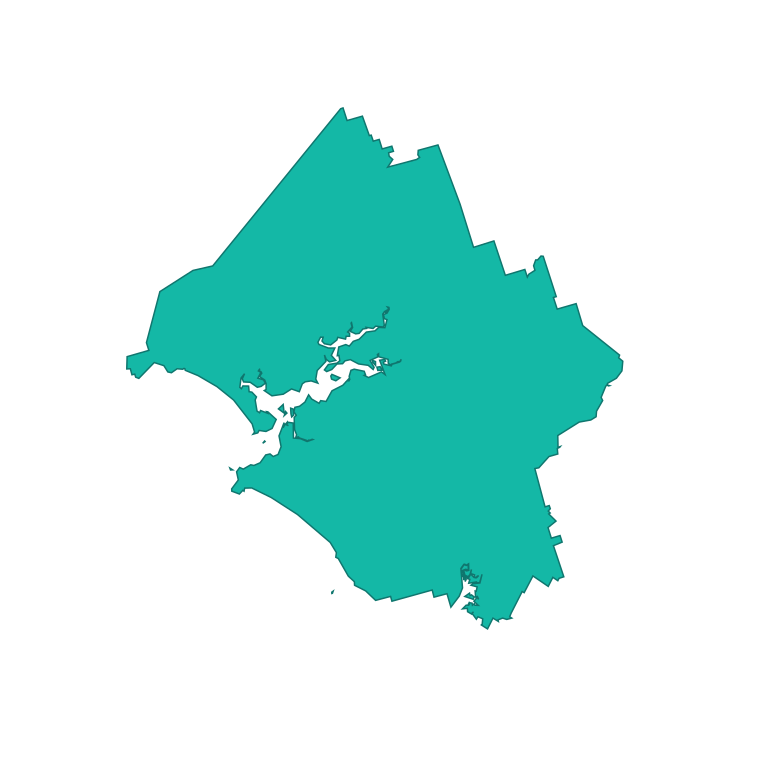 Latrobe (Tas.), Tasmania, Australia (Robinson projection), rotated 244°
{"feature_id": "25037944B83996664476279", "entity_name": "Latrobe (Tas.)", "entity_type": "district", "adm_level": 2, "iso_a3": "AUS", "parent_name": "Australia", "parent_adm1": "Tasmania", "projection": "robinson", "projection_center": [146.505, -41.235], "detail": "fine", "context": "isolated", "style": "filled", "palette": "teal", "viewbox_px": 768, "rotation_deg": 244, "n_neighbors": 0, "source": "geoboundaries", "source_scale": "gbopen_adm2", "svg_char_len": 6172}
<svg xmlns="http://www.w3.org/2000/svg" viewBox="0 0 768 768"><g transform="rotate(244 384 384)"><path d="M117.6,396.2L119.7,394.9L122.2,397.7L136.9,417.2L135.0,418.5L146.2,433.7L130.1,442.9L136.2,451.0L131.0,454.0L132.6,456.1L131.9,461.1L164.4,465.4L163.8,474.8L170.6,475.8L172.1,466.8L183.1,468.5L185.4,478.5L195.0,475.1L195.2,476.8L197.8,475.9L199.0,478.8L202.3,479.2L203.0,474.9L241.9,482.5L240.8,486.4L246.5,500.5L244.9,509.5L250.1,511.5L250.1,514.2L250.5,515.0L250.7,512.6L261.5,517.6L264.2,542.8L261.0,554.1L261.6,560.3L266.4,563.1L273.3,573.3L276.8,573.3L284.7,582.2L285.4,583.8L283.9,584.9L283.7,585.9L285.3,584.2L286.6,585.2L287.3,595.4L291.5,603.6L299.8,608.6L304.7,606.4L306.7,608.4L349.4,588.2L372.0,591.9L375.4,572.5L387.5,574.2L387.0,577.1L429.0,583.1L430.2,581.2L428.2,576.5L429.0,574.7L424.7,570.3L420.0,569.5L419.2,562.4L417.3,559.7L425.2,560.8L428.5,540.7L464.4,545.5L467.6,524.4L512.2,531.2L575.2,537.3L579.0,517.2L575.1,514.9L572.1,515.4L571.5,511.8L577.3,482.4L582.0,490.3L586.4,488.5L589.8,489.5L589.0,494.5L594.3,495.3L596.1,485.4L605.9,486.9L607.0,480.8L613.3,481.6L613.7,479.7L634.2,482.0L637.0,466.3L650.1,468.2L650.4,465.7L565.2,281.8L569.8,262.1L565.3,223.1L525.3,188.6L517.3,187.4L521.2,165.1L510.3,159.4L508.9,162.7L502.8,161.5L502.1,164.3L499.0,163.8L496.5,166.1L504.0,186.9L497.0,194.2L489.6,195.0L487.3,197.9L488.4,204.7L485.5,209.6L485.7,211.0L485.1,211.7L483.4,211.4L473.0,220.6L454.9,232.7L435.5,241.8L406.0,248.0L397.5,246.6L396.3,244.3L395.4,249.1L397.0,251.4L393.1,257.1L393.1,263.9L399.4,271.6L409.9,267.4L410.6,266.4L408.8,266.5L414.3,261.4L412.7,259.6L415.3,258.0L426.1,261.2L428.3,263.7L434.6,261.7L436.2,259.4L441.5,261.4L444.1,256.3L442.3,253.8L444.2,252.9L452.0,258.1L454.4,263.2L450.8,258.9L447.4,258.7L444.2,264.5L436.6,268.7L435.7,272.5L436.7,277.7L440.6,277.5L444.5,273.1L448.4,278.5L450.8,276.8L452.2,279.2L450.9,277.4L449.1,278.8L447.3,278.9L445.3,275.3L440.0,278.5L436.0,278.2L430.7,275.6L430.6,273.5L422.5,278.1L419.0,289.0L420.1,298.7L414.2,304.5L420.0,310.7L420.5,314.2L418.7,319.9L413.8,324.9L418.3,324.8L425.4,329.9L429.8,341.7L436.2,343.2L431.4,342.9L427.7,344.8L426.4,351.0L432.8,349.2L437.9,355.6L440.7,349.8L448.0,342.9L450.5,342.9L453.9,347.5L452.7,349.8L449.8,347.1L446.3,348.1L442.5,353.2L444.2,360.9L446.2,362.9L441.2,369.1L443.5,370.9L442.0,374.0L444.7,375.3L446.7,374.1L449.2,380.3L453.2,381.1L453.4,381.7L448.5,380.5L446.1,376.7L441.5,380.5L440.4,383.8L442.7,389.1L441.6,392.7L442.8,392.7L438.7,398.5L439.6,401.9L435.6,408.3L436.9,410.1L447.4,413.5L448.9,416.3L449.2,421.3L451.7,420.8L450.7,422.0L448.9,421.5L446.4,417.8L446.6,413.9L442.5,413.0L440.6,414.9L434.2,409.5L437.2,404.1L435.7,399.2L438.4,390.9L435.1,381.3L435.8,375.1L433.3,369.4L436.2,366.9L437.1,359.6L429.9,354.4L429.4,356.0L424.3,354.5L423.4,350.9L425.9,342.5L422.8,336.6L420.3,337.9L419.9,343.4L422.6,350.5L420.4,355.7L421.9,359.1L420.7,364.4L413.2,369.9L407.7,378.0L401.8,380.6L403.3,382.4L411.3,381.8L411.1,390.5L413.4,391.0L413.6,392.4L410.9,391.1L404.4,398.5L400.7,396.9L398.2,398.2L398.6,399.5L397.7,403.9L398.1,406.2L397.2,408.1L398.7,410.3L397.2,408.9L396.9,407.5L398.2,399.9L397.1,398.5L402.0,392.6L403.9,392.9L403.8,395.4L405.7,395.4L407.3,390.5L392.0,389.1L396.0,387.0L396.6,372.9L400.4,370.0L400.3,371.4L404.1,371.8L410.4,363.7L410.8,360.3L406.2,356.1L403.1,355.1L402.2,354.0L402.9,352.6L403.2,355.0L404.1,354.6L400.9,346.4L400.7,334.3L393.7,324.3L396.8,319.8L395.1,317.2L402.2,312.4L407.3,311.5L402.4,305.0L401.0,298.3L402.1,293.7L398.5,290.9L394.4,291.4L393.3,288.6L382.4,283.7L376.7,283.2L374.7,281.3L374.0,283.9L372.7,284.2L367.5,289.5L366.3,289.8L366.6,291.7L366.0,292.6L365.8,295.2L365.3,295.7L366.0,289.7L371.5,284.9L375.1,278.9L388.7,285.3L391.6,281.1L391.0,279.8L392.1,280.3L391.2,278.2L388.4,279.8L391.2,277.6L388.9,274.1L393.1,277.3L383.4,266.9L372.7,264.0L367.1,257.9L367.4,252.6L371.1,250.9L372.1,246.6L367.5,238.1L367.8,231.4L369.8,228.8L369.2,220.2L372.2,217.7L369.7,213.0L361.6,211.0L356.5,201.1L354.4,200.2L348.5,205.8L350.3,210.5L349.0,211.2L351.5,213.1L348.6,219.5L331.5,232.8L304.7,249.0L265.2,266.2L253.3,267.3L249.4,264.7L247.2,266.4L226.9,267.7L219.3,270.7L216.0,269.3L206.1,276.8L193.2,281.6L190.2,296.8L185.3,295.9L177.7,337.0L170.5,335.5L167.9,348.7L154.1,346.3L160.3,358.6L166.3,365.2L184.5,372.2L186.9,376.8L186.6,377.6L185.0,378.6L185.3,381.2L179.3,378.5L179.8,376.3L181.8,374.6L180.9,372.5L179.2,372.3L181.2,373.3L180.4,373.7L174.1,372.3L174.1,373.7L175.9,373.6L175.3,374.1L174.9,374.4L174.4,374.5L175.3,373.9L173.4,373.7L175.0,377.7L179.0,381.3L175.6,378.8L172.8,381.7L171.2,380.2L169.6,382.2L170.3,383.3L170.3,385.1L169.3,382.3L169.7,381.3L170.7,380.1L175.1,378.6L172.1,374.1L170.8,375.5L167.8,372.8L165.4,380.9L165.3,379.6L163.4,382.8L170.0,388.7L163.1,383.0L165.5,376.4L165.0,374.0L160.8,378.8L157.3,376.0L158.0,375.2L152.4,372.9L152.1,374.8L149.0,374.7L151.3,374.0L149.3,369.6L143.7,371.7L145.3,368.7L146.9,368.8L146.4,366.5L148.4,367.1L150.1,364.8L147.8,363.8L149.8,364.3L149.1,363.3L148.8,363.4L148.4,363.0L148.1,362.9L149.2,360.9L147.5,356.0L145.8,360.6L142.7,359.3L138.8,361.9L139.5,362.6L140.0,364.6L139.3,362.6L132.1,363.9L133.6,366.4L129.7,369.8L124.5,366.6L125.3,365.5L118.5,369.7L125.8,379.3L120.5,382.7L122.0,383.1L121.6,388.0L118.6,391.1L117.6,396.2ZM181.7,376.1L179.9,378.4L184.5,380.2L184.9,378.3L186.6,376.9L183.9,372.1L177.9,369.8L182.0,372.7L181.7,376.1ZM408.8,347.2L415.5,341.4L414.5,339.7L411.4,339.0L408.0,342.1L408.8,347.2ZM401.6,281.5L409.8,284.4L407.9,278.2L401.6,281.5ZM151.4,369.8L153.1,371.7L156.1,370.2L156.1,368.6L158.5,369.2L157.6,363.5L151.4,369.8ZM397.2,388.4L401.3,388.1L402.2,385.0L398.9,384.4L397.2,388.4ZM403.2,289.5L398.0,287.3L394.9,286.6L395.7,289.2L401.3,291.4L403.2,289.5ZM404.5,384.6L407.9,386.2L410.4,384.0L408.4,383.5L404.5,384.6ZM173.5,370.0L173.4,371.5L170.9,370.4L172.3,372.1L178.4,372.0L176.3,369.3L177.6,371.9L173.5,370.0ZM399.4,280.6L400.4,284.0L402.4,283.5L399.4,280.6ZM374.0,208.4L373.2,210.3L376.0,208.6L374.0,208.4ZM383.9,249.0L384.4,251.9L385.1,251.7L383.9,249.0ZM447.5,416.9L448.4,419.3L448.4,416.2L447.5,416.9ZM220.1,247.5L219.8,245.8L218.6,245.3L218.5,245.9L220.1,247.5Z" fill="#14b8a6" stroke="#0f766e" stroke-width="1.5"/></g></svg>